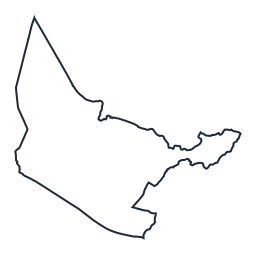 outline of Tapin, Kalimantan Selatan, Indonesia
{"feature_id": "22746128B54842505361870", "entity_name": "Tapin", "entity_type": "district", "adm_level": 2, "iso_a3": "IDN", "parent_name": "Indonesia", "parent_adm1": "Kalimantan Selatan", "projection": "mercator", "projection_center": [115.129, -2.868], "detail": "fine", "context": "isolated", "style": "outline", "palette": "slate", "viewbox_px": 256, "rotation_deg": 0, "n_neighbors": 0, "source": "geoboundaries", "source_scale": "gbopen_adm2", "svg_char_len": 5400}
<svg xmlns="http://www.w3.org/2000/svg" viewBox="0 0 256 256"><path d="M240.3,133.4L239.8,132.9L238.0,132.0L234.3,131.3L232.5,130.6L231.3,129.6L230.0,130.2L229.6,130.1L228.8,129.9L227.4,129.6L225.9,129.7L225.5,129.5L224.7,129.7L223.6,131.1L223.2,131.8L223.0,132.3L222.2,133.5L220.8,134.6L220.0,134.8L219.3,134.2L218.9,133.3L218.8,133.2L218.5,133.0L218.4,133.0L217.3,133.7L216.2,134.3L214.0,135.0L212.4,135.0L211.8,135.1L211.6,135.5L211.4,135.6L210.6,135.8L209.6,135.9L207.3,135.6L205.6,135.4L204.6,134.7L203.5,133.6L202.8,133.6L201.8,133.5L200.7,132.4L200.0,133.4L198.4,136.3L198.5,137.0L198.7,137.4L199.5,138.1L201.1,139.1L201.3,139.5L201.4,140.3L201.1,141.5L200.5,142.7L200.2,143.5L199.9,143.7L199.4,144.2L197.2,145.8L196.6,145.9L195.4,146.5L191.6,149.4L189.7,150.0L187.7,150.2L186.4,150.1L185.5,149.0L184.4,148.8L183.6,149.0L183.1,149.4L182.3,149.6L181.3,149.6L180.9,149.0L180.0,146.2L179.1,145.9L178.2,145.9L177.1,146.0L176.2,145.7L175.5,145.6L174.7,145.8L174.2,146.5L173.6,148.4L173.2,148.8L171.3,148.0L170.2,147.7L168.8,147.7L168.5,146.9L168.2,143.8L164.7,139.3L164.2,138.5L163.8,137.0L162.5,135.9L161.2,135.7L159.7,136.0L159.2,135.7L157.8,135.0L156.7,134.5L155.5,132.8L155.2,132.5L152.8,129.2L152.1,128.9L151.6,128.8L151.2,128.9L150.7,129.1L148.7,129.4L148.0,129.9L146.9,129.8L144.9,129.0L141.7,128.3L141.4,128.1L138.2,127.0L137.9,126.1L134.0,123.9L131.8,123.1L125.1,120.6L123.4,120.1L119.2,118.7L113.6,117.5L112.6,118.1L111.9,117.5L111.2,117.8L110.4,117.6L110.3,117.2L110.4,116.5L109.7,116.5L108.7,115.6L107.8,115.7L107.2,115.9L106.6,116.5L106.7,117.2L106.7,117.8L106.5,118.1L106.3,118.5L105.9,119.3L105.4,119.4L104.6,119.0L104.2,118.9L103.7,119.1L102.2,120.2L100.4,120.7L99.7,120.0L98.8,119.5L98.6,119.3L98.5,118.9L98.7,118.5L98.9,118.1L98.8,117.7L98.7,117.4L100.3,114.8L100.3,113.6L100.3,113.4L100.3,113.1L100.2,112.9L100.3,112.2L101.7,109.7L101.8,109.3L102.0,106.1L102.4,105.6L102.7,103.0L102.2,102.0L101.7,101.6L100.8,100.9L99.7,100.7L97.6,101.4L96.1,101.1L93.9,101.6L92.4,101.5L91.2,101.2L90.7,101.0L86.8,99.8L85.2,98.9L83.0,96.9L82.7,96.6L79.9,94.4L77.6,92.2L76.2,90.3L75.6,89.5L73.9,86.8L73.0,86.2L72.5,85.2L72.8,85.0L72.7,84.8L71.2,82.3L68.1,76.4L67.8,75.9L57.8,58.3L57.7,58.3L52.8,49.7L51.7,47.8L45.2,36.6L40.9,29.1L35.8,20.5L35.0,19.1L34.4,18.2L34.3,17.9L31.9,24.8L31.2,27.4L30.5,30.2L29.2,35.7L29.0,36.3L28.8,37.1L28.6,37.8L28.6,38.0L28.4,38.5L28.5,38.5L28.3,39.1L26.0,48.2L25.8,49.0L25.5,49.9L24.3,54.8L22.8,60.7L21.2,67.1L19.6,73.5L19.0,75.6L18.4,78.1L17.3,82.4L16.0,87.5L16.0,88.0L16.1,88.6L16.2,91.0L17.7,104.9L17.9,106.2L18.3,108.4L23.4,119.7L27.4,128.8L27.3,130.0L25.0,135.2L21.1,144.1L19.4,147.8L19.3,148.0L19.2,148.1L19.0,148.4L18.9,148.5L18.7,148.5L18.2,148.6L15.8,150.8L15.6,151.0L15.4,151.3L15.4,151.5L15.4,152.0L15.4,152.4L15.5,152.7L15.5,153.1L15.8,153.9L15.8,154.9L15.9,155.2L15.9,156.0L15.9,156.3L15.9,156.8L15.9,157.3L16.0,158.5L16.0,159.1L16.0,159.4L16.0,160.0L16.2,160.4L16.2,160.5L16.3,160.6L17.2,161.6L17.3,161.8L17.4,162.0L17.1,162.4L17.0,162.5L16.9,162.8L16.9,163.0L17.1,163.2L17.1,163.3L17.5,164.0L18.4,165.1L18.6,165.3L18.9,165.8L19.3,166.4L19.5,166.9L19.5,167.7L19.6,168.0L19.7,169.8L19.5,170.1L19.4,171.9L19.4,172.4L22.3,173.7L22.7,174.0L23.0,174.3L23.5,175.1L24.2,175.5L24.8,175.9L26.7,176.8L29.9,178.3L36.1,181.7L42.2,185.5L51.2,191.3L57.0,195.0L58.2,195.8L64.8,200.0L69.5,203.1L73.4,205.5L75.8,207.0L79.2,209.2L83.1,212.3L88.1,216.1L88.5,216.4L93.7,220.4L96.7,222.4L98.0,223.3L102.4,226.1L106.9,228.8L110.3,230.4L114.5,232.0L118.1,233.1L123.3,234.4L128.2,235.4L128.4,235.5L132.8,236.4L133.4,236.5L136.8,236.6L141.5,237.1L143.6,238.1L143.5,236.4L143.5,234.8L144.1,234.1L144.1,233.6L144.7,232.6L145.7,231.1L146.2,230.6L147.2,229.8L148.5,229.5L149.6,229.1L150.2,228.6L151.1,226.2L152.4,224.8L153.8,224.0L155.1,222.1L154.7,220.8L154.8,220.0L154.8,218.3L155.7,215.3L155.8,213.4L153.5,213.4L150.7,212.7L148.2,210.8L145.5,210.5L145.0,210.5L142.2,210.0L140.4,209.3L138.5,208.8L138.3,208.9L134.1,207.6L132.5,207.2L135.2,204.1L137.7,201.3L139.5,199.3L142.1,196.1L143.2,194.6L143.5,193.8L143.7,193.2L144.2,191.3L145.1,188.9L146.6,185.9L147.6,184.0L148.7,182.5L154.5,186.1L157.4,184.2L159.1,181.8L160.7,180.3L161.4,179.4L162.8,177.3L163.7,176.5L164.2,175.1L164.6,173.6L164.8,173.2L165.1,172.7L165.3,172.7L166.0,171.5L166.4,171.4L166.6,171.2L166.8,170.9L166.8,170.3L166.9,170.0L167.1,170.0L167.6,169.1L168.5,169.1L169.5,168.0L171.3,167.3L172.1,167.1L173.3,167.4L173.8,166.5L174.7,166.3L175.2,165.8L175.9,165.6L176.3,165.2L177.5,164.7L178.4,164.2L178.5,162.7L178.7,161.9L179.3,161.2L179.9,161.1L181.3,160.2L182.0,160.0L183.2,160.0L183.9,159.9L184.8,159.8L187.1,159.0L187.7,159.0L188.9,159.3L189.0,160.5L189.4,161.1L190.1,161.2L190.9,161.8L191.1,162.1L191.0,162.7L190.4,163.2L190.5,164.2L190.7,164.7L192.3,165.3L193.5,164.9L194.0,164.3L196.2,163.4L197.0,163.5L198.3,163.0L198.7,162.9L198.8,163.0L200.1,162.8L201.0,163.1L202.4,163.1L202.9,163.6L203.3,164.6L203.3,165.5L203.7,166.6L205.9,168.6L206.7,168.6L207.8,167.8L210.0,164.7L210.4,164.5L212.9,164.6L214.0,163.8L215.8,162.8L217.3,162.7L217.7,162.0L219.8,157.9L221.5,156.1L222.5,155.5L223.4,154.8L224.5,154.7L225.0,154.5L225.2,154.0L226.3,152.5L227.2,151.9L229.3,151.8L230.6,151.4L230.8,151.3L231.7,148.7L233.2,146.2L233.4,145.5L233.5,143.4L234.8,142.2L236.6,141.4L236.9,141.0L237.3,139.5L238.2,138.7L238.4,138.8L239.3,136.6L239.9,134.7L240.6,133.8L240.3,133.4Z" fill="none" stroke="#1e293b" stroke-width="2"/></svg>